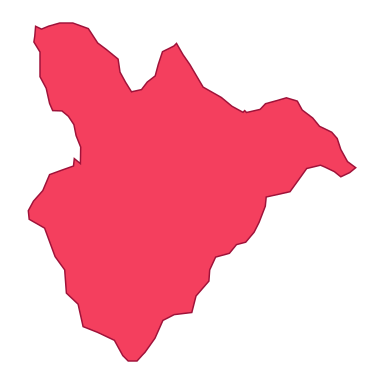 the district of Alassa, Limassol, Cyprus
{"feature_id": "46923920B84762043089048", "entity_name": "Alassa", "entity_type": "district", "adm_level": 2, "iso_a3": "CYP", "parent_name": "Cyprus", "parent_adm1": "Limassol", "projection": "robinson", "projection_center": [32.925, 34.757], "detail": "fine", "context": "isolated", "style": "filled", "palette": "rose", "viewbox_px": 384, "rotation_deg": 0, "n_neighbors": 0, "source": "geoboundaries", "source_scale": "gbopen_adm2", "svg_char_len": 1264}
<svg xmlns="http://www.w3.org/2000/svg" viewBox="0 0 384 384"><path d="M176.5,43.4L173.9,46.0L162.5,51.7L158.3,64.4L155.2,75.9L147.3,82.0L141.5,89.6L131.5,91.8L125.5,82.2L120.0,72.1L118.1,59.1L106.7,49.8L97.7,43.0L88.3,28.6L72.8,23.0L59.8,23.0L48.8,26.1L41.5,29.1L35.6,26.3L34.8,35.9L33.9,42.0L40.0,52.0L40.0,63.9L40.0,76.7L46.2,88.3L49.6,103.5L52.7,110.6L61.9,110.9L68.4,116.3L73.9,124.6L76.1,135.6L80.7,147.1L80.4,163.6L74.3,158.6L73.5,166.0L61.9,170.1L49.6,174.6L42.8,190.6L33.5,201.1L28.3,210.7L29.2,219.3L44.6,228.1L55.1,256.6L64.7,269.9L66.4,293.1L78.1,304.2L83.1,326.6L91.7,330.0L97.7,332.4L114.4,340.3L122.8,355.6L128.2,361.0L137.0,361.0L142.6,354.8L145.0,352.3L155.0,338.2L162.9,320.4L174.2,314.6L191.8,312.5L196.0,296.0L208.9,281.1L209.7,269.9L215.6,257.1L229.4,253.3L236.5,244.6L245.7,242.2L254.1,232.2L259.1,222.3L265.3,206.2L266.2,197.0L290.0,191.7L300.9,176.6L306.7,168.5L320.5,165.2L325.2,167.2L334.3,171.6L340.8,176.8L349.7,172.6L355.7,167.7L347.5,161.6L340.8,149.5L337.2,138.5L331.7,132.2L319.5,126.3L312.7,118.0L302.2,110.0L297.3,101.1L286.4,97.8L276.4,100.7L265.5,103.7L260.1,109.4L246.5,112.5L244.7,110.6L243.0,112.3L232.0,106.3L221.4,97.5L203.1,87.1L189.8,64.5L183.0,54.7L176.5,43.4Z" fill="#f43f5e" stroke="#9f1239" stroke-width="1.5"/></svg>